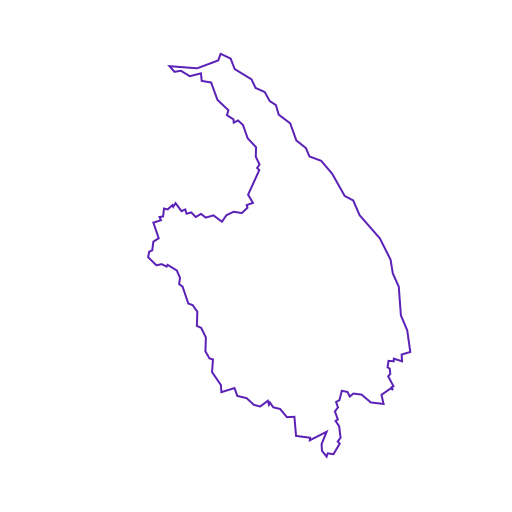 Rorainópolis, Roraima, Brazil, rotated 137°
{"feature_id": "56859067B89406114023210", "entity_name": "Rorainópolis", "entity_type": "district", "adm_level": 2, "iso_a3": "BRA", "parent_name": "Brazil", "parent_adm1": "Roraima", "projection": "natural_earth1", "projection_center": [-60.884, -0.216], "detail": "medium", "context": "isolated", "style": "outline", "palette": "violet", "viewbox_px": 512, "rotation_deg": 137, "n_neighbors": 0, "source": "geoboundaries", "source_scale": "gbopen_adm2", "svg_char_len": 1924}
<svg xmlns="http://www.w3.org/2000/svg" viewBox="0 0 512 512"><g transform="rotate(137 256 256)"><path d="M189.8,453.8L190.0,446.3L184.6,442.7L181.8,432.7L171.7,427.1L176.3,421.1L170.5,413.5L177.7,396.5L176.8,381.4L181.2,378.8L179.3,371.3L181.3,368.7L176.7,367.4L176.2,360.6L181.8,347.8L181.8,335.5L188.5,328.7L191.0,320.5L195.1,319.6L195.0,316.6L220.0,306.2L222.0,296.9L228.1,299.6L229.3,297.1L237.1,297.1L242.2,303.6L249.8,306.0L257.5,304.3L259.4,314.7L266.6,318.4L267.5,324.3L273.5,325.6L273.6,332.0L277.9,334.3L276.0,338.3L279.9,339.6L278.8,349.5L283.0,348.4L282.4,350.2L288.8,350.3L290.9,353.4L297.0,348.3L300.0,350.3L301.1,347.0L308.3,350.4L315.1,335.3L321.3,336.5L328.0,330.9L331.2,332.0L335.7,328.7L335.2,317.2L330.5,314.3L328.6,309.2L326.7,309.8L323.8,299.5L326.5,291.8L331.4,287.9L330.6,283.7L337.9,267.4L335.8,263.2L336.9,255.3L346.9,245.2L345.1,240.8L348.2,230.6L358.0,220.8L359.9,212.8L358.0,209.7L367.3,201.1L369.7,185.5L374.2,180.0L361.8,174.1L365.1,166.4L359.8,158.4L359.1,148.7L355.6,143.1L346.0,142.0L347.9,138.4L345.7,139.3L346.6,133.6L342.7,127.7L343.3,117.1L337.6,112.2L349.4,97.1L340.4,86.2L342.3,84.5L324.2,79.3L336.3,73.7L340.6,68.5L341.2,61.1L338.2,62.8L334.5,58.2L322.7,61.7L322.7,64.6L318.1,65.4L311.3,74.8L310.3,81.1L307.6,80.7L304.3,88.5L299.3,89.4L297.0,94.6L293.2,93.7L285.2,98.9L281.8,94.2L283.2,89.2L278.6,89.0L273.3,82.6L271.9,70.6L263.6,60.8L258.9,68.9L247.7,67.3L247.2,64.7L246.4,67.5L244.3,67.0L241.4,77.8L238.1,78.3L235.0,82.4L235.7,84.9L230.6,88.9L227.1,85.1L225.2,86.9L221.0,79.4L216.7,84.6L208.6,80.6L196.1,98.5L190.5,113.8L172.5,136.2L167.8,150.0L160.1,161.5L153.4,184.4L152.4,215.3L147.0,230.3L150.2,239.4L144.2,264.1L143.4,281.1L149.0,292.3L145.9,301.0L147.7,313.0L140.5,329.7L143.0,343.9L138.5,352.8L140.3,359.9L137.8,370.0L141.7,379.2L138.8,388.2L144.1,407.3L139.9,417.7L144.0,428.0L150.2,424.8L171.0,433.4L189.8,453.8Z" fill="none" stroke="#5b21b6" stroke-width="2"/></g></svg>